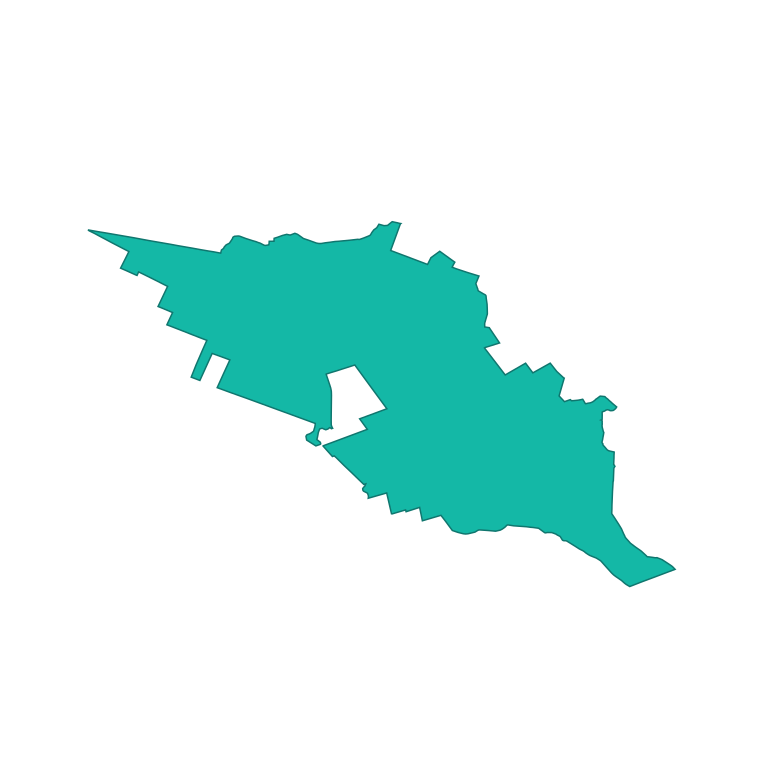 the district of Doba, Satu Mare, Romania, rotated 9°
{"feature_id": "2599482B56088376040975", "entity_name": "Doba", "entity_type": "district", "adm_level": 2, "iso_a3": "ROU", "parent_name": "Romania", "parent_adm1": "Satu Mare", "projection": "equal_earth", "projection_center": [22.698, 47.743], "detail": "fine", "context": "isolated", "style": "filled", "palette": "teal", "viewbox_px": 768, "rotation_deg": 9, "n_neighbors": 0, "source": "geoboundaries", "source_scale": "gbopen_adm2", "svg_char_len": 6051}
<svg xmlns="http://www.w3.org/2000/svg" viewBox="0 0 768 768"><g transform="rotate(9 384 384)"><path d="M140.3,316.7L152.4,320.6L155.0,321.4L148.7,342.8L151.4,343.4L164.0,346.5L160.3,359.5L164.6,360.4L172.4,362.1L186.9,365.3L195.6,367.2L202.2,368.6L199.7,377.9L195.4,394.5L192.5,407.4L201.6,409.3L209.5,380.7L228.0,384.3L224.0,398.5L219.8,413.7L235.0,416.7L250.5,419.6L322.3,433.7L322.4,435.2L322.4,437.2L322.1,439.2L321.9,441.1L321.8,441.6L321.4,442.1L320.3,443.1L319.5,443.9L318.5,444.7L317.9,445.1L317.2,445.4L316.0,446.1L315.7,446.4L315.1,447.8L315.2,448.2L316.4,451.5L326.4,455.8L330.3,453.7L330.8,453.2L330.8,452.9L330.7,452.4L330.1,451.4L326.4,449.4L326.5,448.2L326.6,447.3L326.7,443.9L326.7,442.5L327.1,440.1L327.4,438.9L327.6,438.4L328.8,437.8L329.9,437.4L330.8,437.6L331.7,437.9L333.7,438.3L335.7,437.2L337.1,435.6L337.3,435.5L337.6,435.8L337.8,435.8L338.2,435.9L338.5,436.0L338.9,436.3L339.0,436.4L339.3,436.3L339.7,436.0L340.2,435.8L339.4,434.7L338.7,433.5L338.3,432.6L337.9,430.4L337.4,427.5L333.9,403.5L333.4,400.8L333.1,399.4L332.7,398.2L332.0,396.3L330.6,393.5L325.3,383.3L325.4,383.1L326.0,382.9L330.2,380.8L335.0,378.5L340.5,375.7L352.2,369.8L371.5,389.0L390.7,408.0L365.4,422.2L374.6,431.4L333.5,454.6L333.5,454.8L344.4,463.7L346.1,462.8L348.0,464.0L357.0,470.5L364.1,475.4L379.8,486.4L381.6,485.5L381.1,487.7L380.4,488.7L379.7,489.8L379.3,490.7L379.5,491.4L379.8,492.3L380.5,493.0L381.6,493.4L383.6,494.0L384.8,494.5L385.3,495.4L386.0,496.7L386.3,498.0L386.3,499.3L403.7,491.2L406.1,497.1L411.7,511.0L412.4,511.0L425.0,505.0L425.8,506.7L438.5,500.3L440.9,506.7L443.3,513.1L449.4,510.2L460.8,504.8L466.4,510.1L474.4,518.0L480.2,519.0L485.7,519.5L488.0,519.4L490.4,518.8L495.5,516.7L497.1,516.0L499.3,514.1L500.5,513.3L503.0,513.0L509.9,512.4L517.3,511.9L521.6,510.2L523.4,508.9L525.7,506.7L527.1,504.8L527.7,504.1L528.1,503.9L528.6,503.8L529.4,503.8L534.1,503.8L546.9,502.7L550.8,502.6L553.7,502.4L558.8,502.3L559.3,502.3L565.9,505.7L566.5,505.8L567.0,505.7L568.1,505.3L568.6,505.1L573.0,504.5L577.1,505.3L577.9,505.6L578.6,506.0L581.8,507.0L582.6,507.9L584.5,510.1L584.9,510.4L585.6,510.6L586.5,510.6L587.9,510.4L588.5,510.4L589.3,510.6L598.3,514.4L602.6,516.3L604.4,516.9L606.4,517.5L608.0,518.2L609.6,519.2L612.2,520.4L613.9,521.1L617.3,521.9L620.9,522.7L624.7,524.3L625.6,524.7L626.9,525.7L632.5,530.3L638.3,535.0L640.6,536.6L642.8,537.8L646.4,539.5L649.3,540.9L652.7,543.1L654.6,544.1L658.4,545.6L669.7,539.0L682.1,532.0L700.5,521.5L697.7,519.4L696.7,518.8L695.5,518.2L692.9,517.0L686.2,514.0L683.2,513.3L681.1,512.9L680.9,512.8L680.5,512.9L679.0,513.2L676.3,513.2L672.8,513.3L671.5,513.4L671.0,513.4L670.8,513.3L669.8,512.5L664.7,509.1L663.7,508.5L658.1,505.8L652.3,502.7L649.5,500.4L647.5,498.8L646.0,497.4L645.8,496.8L644.0,494.3L641.2,489.9L637.9,486.0L632.9,480.4L629.2,476.4L629.1,475.5L628.7,472.2L628.1,468.0L626.5,454.4L625.5,444.2L625.7,443.9L624.2,431.3L624.4,430.6L624.5,430.1L625.0,429.4L624.2,428.1L623.5,427.8L623.0,423.8L622.7,421.0L622.3,418.2L622.0,415.2L621.1,415.1L619.0,415.0L617.5,414.9L616.1,414.7L615.4,414.4L615.0,414.3L613.9,413.4L612.4,412.1L611.0,410.9L610.4,410.6L609.6,409.5L609.6,409.2L609.6,408.9L609.2,408.5L608.8,408.1L608.5,407.7L608.4,407.2L608.6,404.8L608.6,402.5L608.7,400.1L608.7,398.5L608.7,397.5L608.0,396.5L607.2,394.6L606.4,392.8L605.9,391.1L605.8,389.2L605.6,388.6L605.4,387.1L605.2,386.2L604.8,385.7L604.1,385.6L604.9,385.1L605.0,384.9L604.7,382.8L604.4,380.6L604.0,378.5L603.9,377.6L604.0,377.4L604.5,377.1L605.0,376.8L605.8,376.4L606.5,375.9L606.9,375.5L607.3,375.1L608.0,374.8L608.4,374.5L609.0,374.5L609.5,374.5L610.1,374.5L610.7,374.7L611.2,374.9L612.0,374.9L612.3,374.9L613.0,374.7L613.9,374.5L614.2,374.4L614.6,374.2L615.3,373.6L616.0,372.8L616.7,371.9L617.0,371.3L617.2,370.6L617.4,370.3L612.3,367.2L610.7,366.1L609.0,365.1L607.5,364.0L605.3,362.8L604.3,362.0L604.0,361.9L603.6,361.9L599.9,362.1L599.4,362.2L599.1,362.4L597.4,364.2L596.2,365.4L595.4,366.1L594.9,367.0L593.7,368.2L592.9,369.0L591.5,369.9L590.3,370.5L589.3,370.8L588.3,371.1L587.7,371.4L586.6,371.8L586.0,371.9L585.7,371.6L582.8,368.1L582.6,368.0L581.8,368.3L580.8,368.7L579.2,369.3L578.0,369.7L573.3,370.9L572.3,371.1L571.9,371.2L571.6,371.1L570.5,370.3L570.3,370.4L565.0,373.2L558.8,368.4L560.3,356.3L561.1,350.0L560.3,349.7L552.7,344.6L544.9,337.4L529.3,349.7L527.5,348.0L520.6,341.3L502.3,356.1L494.2,348.4L477.6,332.7L478.2,332.1L491.7,325.4L479.4,312.2L479.2,311.9L474.6,311.9L474.0,308.8L474.0,307.7L475.0,299.7L475.1,299.4L475.1,299.1L475.1,298.4L474.2,293.4L473.3,289.0L471.8,284.1L471.5,283.1L471.0,281.0L470.4,280.3L469.6,279.9L468.0,279.4L462.5,277.2L462.1,276.5L461.7,275.4L461.1,274.4L459.0,270.5L460.9,262.5L448.9,260.8L437.3,258.9L433.1,258.0L433.7,255.8L434.9,252.6L431.9,251.1L418.3,244.2L416.3,246.2L410.6,251.9L408.3,259.1L405.0,258.4L369.7,251.1L375.1,223.4L375.5,222.9L375.0,222.9L374.1,222.9L372.3,222.7L366.7,222.4L364.5,224.8L362.7,226.8L359.3,227.6L354.0,227.0L352.4,230.8L349.8,233.4L348.3,236.3L347.2,239.1L345.7,240.2L341.2,242.9L337.1,245.1L335.4,245.2L330.7,246.5L327.5,247.4L324.4,248.2L319.2,249.5L317.4,250.0L313.4,250.9L309.2,252.2L308.6,252.4L304.0,253.7L299.8,255.1L297.7,255.4L295.4,255.4L290.7,254.5L287.1,253.8L281.7,252.9L280.1,252.1L277.7,250.9L275.2,249.7L272.4,249.1L268.0,251.6L264.5,251.4L260.4,253.2L256.1,255.6L252.7,257.3L253.0,260.2L248.3,261.0L248.5,263.2L248.4,264.6L246.7,265.2L245.2,265.7L244.0,265.7L239.5,264.2L237.9,264.0L235.1,263.4L231.8,263.0L224.7,261.9L218.4,260.6L216.9,260.6L213.2,261.5L211.9,262.6L211.4,264.6L209.3,269.1L206.3,271.3L204.8,273.6L204.3,275.2L202.5,277.1L202.2,280.3L195.0,280.1L189.4,280.1L181.8,280.0L173.3,279.8L165.8,279.7L158.7,279.6L151.2,279.4L143.9,279.3L136.3,279.2L129.0,279.1L121.5,278.9L114.1,278.7L106.6,278.6L99.1,278.5L91.7,278.4L83.9,278.3L80.4,278.3L67.5,278.1L68.8,278.8L74.6,280.6L81.7,283.1L86.7,284.8L93.0,287.0L111.3,293.1L110.3,296.4L107.3,305.8L105.7,310.8L111.9,312.4L115.9,313.5L122.5,315.3L123.1,315.4L124.1,311.7L128.8,313.1L140.3,316.7Z" fill="#14b8a6" stroke="#0f766e" stroke-width="1.5"/></g></svg>